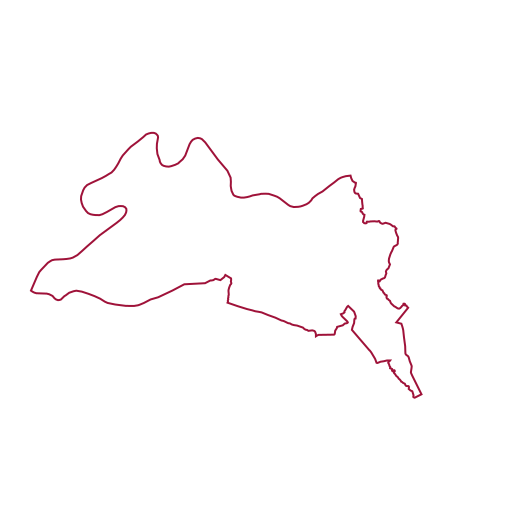 outline of Wiang Nong Long, Lamphun, Thailand, rotated 19°
{"feature_id": "78962969B5977206597344", "entity_name": "Wiang Nong Long", "entity_type": "district", "adm_level": 2, "iso_a3": "THA", "parent_name": "Thailand", "parent_adm1": "Lamphun", "projection": "albers", "projection_center": [98.777, 18.415], "detail": "fine", "context": "isolated", "style": "outline", "palette": "rose", "viewbox_px": 512, "rotation_deg": 19, "n_neighbors": 0, "source": "geoboundaries", "source_scale": "gbopen_adm2", "svg_char_len": 6085}
<svg xmlns="http://www.w3.org/2000/svg" viewBox="0 0 512 512"><g transform="rotate(19 256 256)"><path d="M452.2,338.3L457.5,332.9L443.0,318.6L440.9,316.4L440.3,315.5L439.5,311.1L439.1,309.5L438.6,308.8L435.7,305.5L433.3,302.0L432.3,301.2L430.1,300.5L429.5,300.1L429.0,299.5L428.3,297.7L426.4,292.7L422.3,284.5L419.4,278.3L418.5,276.8L417.4,275.2L415.5,272.7L410.3,273.1L416.7,255.4L415.1,254.6L414.4,253.9L413.2,254.2L412.6,253.0L412.3,252.8L411.6,252.8L411.0,253.1L411.0,253.6L411.2,254.5L410.3,255.8L410.1,256.5L409.3,258.3L408.6,259.1L408.0,259.3L407.0,259.4L405.7,259.1L404.4,258.7L403.1,258.6L399.3,256.9L398.5,256.3L397.3,254.8L395.7,254.3L394.7,253.7L393.6,253.6L392.6,252.2L392.7,251.2L392.3,250.6L390.3,250.4L389.4,249.5L388.5,249.2L386.7,247.3L385.6,247.2L384.7,246.9L384.3,246.2L383.5,246.1L383.0,245.2L382.1,244.8L381.2,243.1L380.7,242.6L380.2,241.1L379.5,239.9L379.4,239.4L379.9,239.2L380.8,239.9L381.1,239.8L381.6,237.8L383.3,236.0L384.4,235.2L384.7,234.7L384.9,234.1L384.8,231.8L384.9,230.0L384.1,228.8L383.9,228.4L383.9,227.6L384.1,226.4L385.2,224.6L385.4,220.6L385.4,220.3L383.9,218.8L383.2,217.6L382.6,215.2L382.5,210.7L382.7,208.2L382.9,207.6L383.1,204.9L383.2,202.8L383.4,202.1L383.7,201.7L385.4,199.9L385.9,199.1L386.0,198.4L386.0,197.9L385.6,197.1L385.3,195.6L384.9,194.3L384.6,192.9L384.2,192.0L383.8,191.5L382.8,190.7L380.7,188.2L379.5,186.4L379.3,185.7L379.4,185.4L380.0,184.6L379.9,184.3L378.5,183.8L377.6,183.0L376.8,182.9L376.4,183.2L375.7,183.3L373.8,182.6L372.6,182.3L371.8,182.2L367.7,182.4L365.3,184.3L364.7,184.4L362.9,184.2L361.9,183.7L361.6,183.1L361.2,182.9L360.8,182.9L359.4,184.0L356.7,184.6L353.1,186.0L351.5,186.9L350.3,187.2L349.7,187.4L349.6,187.8L349.8,188.9L349.3,189.3L348.4,189.6L347.7,189.7L347.4,189.6L346.5,189.0L346.2,189.0L345.8,188.0L345.5,183.5L345.1,181.7L344.5,181.7L343.9,181.6L342.9,181.0L342.2,180.1L341.5,179.8L340.5,179.8L340.2,179.5L339.9,178.1L339.8,177.4L341.4,176.5L341.5,176.1L341.0,175.3L340.5,173.8L339.8,172.6L338.7,170.2L337.6,167.6L335.5,167.3L332.3,163.9L330.0,164.4L329.2,164.2L328.5,163.7L327.7,162.5L327.1,161.1L327.2,160.7L327.1,159.9L327.3,157.8L326.7,154.3L326.5,154.2L325.3,154.4L324.4,154.0L323.4,153.8L322.8,153.6L320.6,151.3L319.2,149.2L314.9,151.3L312.3,153.1L310.7,154.4L308.8,156.5L305.9,161.1L302.6,165.9L297.9,173.3L294.4,177.2L292.4,180.1L290.6,183.1L290.1,185.4L288.6,188.5L286.9,190.6L283.9,193.2L282.0,194.6L280.0,195.7L275.8,197.4L272.1,197.7L269.9,197.2L259.6,193.7L256.7,193.1L253.7,193.0L247.8,193.1L244.4,194.1L240.5,195.6L239.2,196.5L233.1,199.8L230.7,201.7L228.4,203.2L225.6,204.7L222.6,205.7L219.1,206.1L217.3,206.1L215.9,206.0L214.6,205.4L211.7,202.4L210.4,200.1L209.3,198.0L208.1,194.0L206.5,190.2L201.2,184.7L188.4,177.1L171.0,165.1L166.8,163.1L164.9,162.9L162.5,163.3L160.2,164.8L158.3,166.8L157.4,169.0L156.8,171.9L156.4,184.1L155.2,188.4L152.8,192.6L152.4,193.6L149.9,196.1L146.5,198.7L144.5,199.9L141.8,200.6L139.3,200.8L137.5,200.5L135.7,199.4L134.4,198.1L133.6,196.6L129.6,191.7L127.1,186.4L125.8,182.2L124.8,175.8L124.1,174.4L123.3,173.8L121.5,172.9L119.8,172.8L118.7,173.0L116.8,173.7L114.6,175.1L112.5,176.9L110.6,180.4L107.0,186.2L102.1,193.4L100.6,196.5L97.3,204.3L96.4,207.9L95.6,213.4L94.8,217.0L93.8,220.6L92.2,224.1L90.1,226.5L88.0,229.1L84.9,232.5L76.4,240.6L73.2,243.9L71.7,247.1L71.2,250.1L71.2,256.3L72.1,259.5L73.9,262.6L76.4,265.7L80.7,268.8L83.2,270.1L85.9,270.4L88.4,270.1L91.1,269.5L94.7,268.3L97.2,266.5L100.8,262.8L107.1,255.6L109.8,253.6L111.9,252.8L114.1,252.2L116.3,252.5L118.0,253.6L118.7,255.2L119.0,257.1L118.7,259.9L117.5,263.0L115.8,266.3L113.4,270.1L101.6,287.1L97.5,294.4L93.0,302.2L89.9,307.9L86.8,313.3L83.3,317.2L81.1,318.8L77.8,320.5L74.6,321.9L67.0,324.9L64.6,326.3L63.4,327.6L61.4,330.2L57.3,339.2L56.3,341.8L55.6,347.1L54.5,362.0L56.3,362.5L58.4,362.8L60.5,362.7L70.4,359.7L72.9,359.5L76.6,360.0L79.3,361.6L81.1,362.2L83.2,362.2L84.6,361.5L85.7,360.7L87.9,356.3L88.8,355.3L91.3,351.6L95.0,348.7L97.4,347.3L102.9,346.4L109.9,346.3L116.4,346.5L122.5,347.1L128.0,348.4L131.0,348.7L138.7,347.7L149.3,345.5L157.0,342.9L160.5,341.0L161.8,340.0L165.3,336.9L170.5,331.4L176.9,326.9L188.3,315.8L197.4,306.1L216.7,298.3L220.8,294.0L221.9,293.6L223.5,292.7L224.9,290.9L225.5,290.7L230.2,290.4L232.8,286.3L233.2,283.9L239.7,285.3L240.3,286.7L240.6,288.4L241.4,289.5L241.6,290.0L241.4,291.0L241.1,291.4L241.0,292.0L240.9,294.7L241.1,297.0L241.3,297.9L242.4,300.4L242.9,301.7L242.9,302.9L243.4,304.1L243.3,305.0L243.9,306.1L243.8,307.1L244.3,308.0L244.3,309.4L255.0,309.4L264.7,309.1L270.3,308.6L273.2,308.5L276.7,307.9L279.6,307.5L286.6,307.9L294.4,308.0L301.1,308.7L302.7,308.5L303.9,308.5L307.8,309.0L308.6,309.0L310.0,308.7L312.1,309.1L314.2,309.0L317.5,308.4L323.7,308.4L325.3,309.2L326.0,309.4L327.2,309.5L328.4,309.3L329.9,309.7L333.4,308.0L334.6,307.9L335.7,307.9L336.6,308.4L338.0,310.2L338.8,312.4L339.9,311.0L340.9,310.2L355.3,305.0L355.6,304.7L355.8,304.0L355.2,300.8L355.9,298.0L355.8,296.6L360.6,293.3L361.9,291.0L363.7,290.0L364.3,289.4L364.4,288.8L364.0,288.5L363.3,288.0L357.5,285.3L356.4,284.6L355.2,283.4L357.2,281.8L357.9,280.7L358.0,280.4L357.7,280.1L357.6,279.3L358.0,278.2L358.6,274.9L358.9,274.0L359.4,273.2L366.7,276.6L367.3,277.2L369.9,280.5L370.5,282.7L369.7,283.2L369.7,284.1L370.6,287.5L370.4,291.5L370.7,294.6L393.9,308.2L394.1,308.2L394.5,308.4L396.3,309.6L401.3,313.8L402.3,314.7L404.7,317.7L405.4,317.7L405.8,317.5L408.2,315.4L411.1,313.9L413.9,312.1L416.8,311.1L416.5,312.0L415.7,313.1L415.7,313.7L415.9,314.1L417.1,315.1L418.0,316.5L419.1,317.3L419.3,317.6L419.2,318.3L419.3,318.5L421.4,318.5L421.8,318.9L421.8,319.8L422.0,320.1L422.2,320.3L422.8,320.5L423.3,320.3L423.5,320.0L423.6,319.2L423.9,319.0L424.3,319.1L424.7,319.6L424.3,321.2L424.6,321.7L426.3,322.6L427.4,323.6L429.7,324.5L430.8,325.5L432.2,326.0L433.6,326.9L434.1,327.5L435.3,327.6L436.3,328.1L438.3,328.3L439.3,329.4L440.1,329.9L440.8,329.9L442.3,329.4L442.8,329.5L443.1,329.8L443.4,330.5L443.7,332.0L446.0,332.9L447.3,332.9L447.9,333.1L450.3,336.4L450.5,337.7L450.7,338.1L451.4,338.3L452.2,338.3Z" fill="none" stroke="#9f1239" stroke-width="2"/></g></svg>